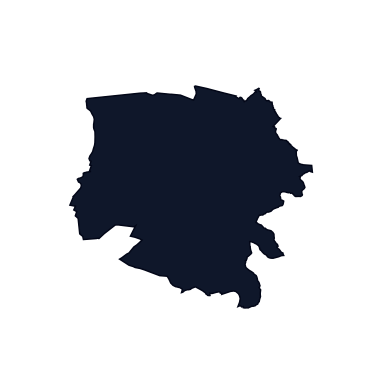 Yehualtepec, Puebla, Mexico (Natural Earth projection), rotated 64°
{"feature_id": "50627088B45895820566273", "entity_name": "Yehualtepec", "entity_type": "district", "adm_level": 2, "iso_a3": "MEX", "parent_name": "Mexico", "parent_adm1": "Puebla", "projection": "natural_earth1", "projection_center": [-97.668, 18.767], "detail": "fine", "context": "isolated", "style": "filled", "palette": "ink", "viewbox_px": 384, "rotation_deg": 64, "n_neighbors": 0, "source": "geoboundaries", "source_scale": "gbopen_adm2", "svg_char_len": 5933}
<svg xmlns="http://www.w3.org/2000/svg" viewBox="0 0 384 384"><g transform="rotate(64 192 192)"><path d="M130.3,289.5L133.3,289.6L134.0,289.0L134.6,288.6L135.7,288.3L136.7,288.3L137.6,288.6L138.8,289.5L139.7,290.4L143.2,298.7L144.0,300.9L144.4,300.8L150.3,307.5L153.7,303.0L156.3,306.1L159.1,304.2L162.3,307.3L165.8,305.9L180.3,311.2L180.6,311.2L184.0,309.6L187.1,310.4L191.9,298.3L191.9,297.7L192.0,297.4L193.0,296.0L190.9,289.1L188.0,275.4L189.3,272.6L197.8,259.5L197.9,258.7L197.7,258.2L197.6,257.4L204.7,266.7L207.6,263.1L211.3,259.4L213.3,258.0L214.5,261.7L215.4,264.9L215.9,268.3L219.2,275.4L219.2,277.8L220.4,284.1L220.6,286.5L230.2,280.7L233.2,277.5L234.9,276.2L237.9,272.2L241.2,268.8L253.0,257.7L256.7,251.4L257.6,251.1L260.4,250.9L264.5,251.0L265.3,250.7L267.5,250.0L269.9,248.2L270.7,247.1L271.7,246.0L272.5,244.9L274.2,243.8L275.4,243.3L277.8,245.5L278.0,244.2L277.4,241.9L277.5,240.8L277.8,239.0L278.4,237.7L278.8,235.9L278.4,234.8L278.7,230.5L283.4,227.1L285.8,225.5L286.4,225.3L288.3,224.2L290.0,224.1L290.6,223.6L291.8,223.2L292.7,221.8L292.9,221.2L291.8,220.9L290.8,220.3L291.0,220.2L291.6,219.3L291.9,218.4L292.1,218.1L292.4,216.3L292.9,213.6L293.2,212.8L293.3,212.1L293.7,211.2L294.0,210.7L295.2,210.9L296.3,209.4L297.0,210.0L298.2,201.0L299.2,198.0L300.6,196.2L303.6,194.9L305.0,194.7L306.8,194.9L309.0,195.4L312.0,197.6L315.1,200.9L315.2,199.0L315.3,198.4L316.6,197.9L317.0,197.8L317.5,196.1L318.5,196.6L319.4,195.3L320.3,193.1L320.8,192.4L320.9,188.0L321.4,187.4L321.9,185.1L321.5,183.8L321.5,182.1L320.4,180.9L320.0,179.7L318.0,178.2L316.0,176.3L314.3,175.7L312.8,175.0L310.0,173.2L309.1,173.5L307.1,173.5L306.9,172.8L305.8,171.9L305.0,171.9L303.6,171.6L302.4,171.5L300.4,171.9L298.4,171.3L296.7,171.0L295.2,171.0L293.0,172.3L291.9,172.3L291.1,172.7L289.8,173.4L287.5,174.9L285.2,176.0L283.4,176.7L280.3,176.1L278.4,174.4L277.1,174.2L277.3,173.3L276.0,171.9L274.5,170.8L274.4,169.5L273.8,167.4L273.7,166.7L272.9,165.1L269.8,164.7L267.6,164.1L266.6,163.6L265.5,163.5L261.9,161.9L262.9,160.3L264.8,158.5L266.0,157.8L267.0,156.8L268.4,156.3L269.1,155.7L271.1,155.6L272.2,155.9L273.7,156.1L275.2,155.4L276.7,155.1L278.9,154.4L280.2,153.6L281.2,152.8L283.2,152.5L284.1,152.1L284.8,151.5L285.5,150.8L286.1,149.9L286.7,148.9L287.1,148.0L288.2,142.4L288.3,140.1L288.6,138.9L289.2,137.4L287.7,137.4L286.8,137.0L285.9,137.7L285.2,138.2L281.7,138.8L280.8,139.4L278.9,139.8L278.0,139.2L278.3,138.4L276.4,138.2L275.4,138.9L273.8,139.0L272.0,139.4L270.4,139.2L269.6,138.3L268.0,137.8L265.7,136.8L265.0,137.0L263.8,137.0L263.0,137.4L261.6,137.9L260.9,138.6L259.0,140.9L257.9,141.6L256.6,142.1L256.0,143.3L254.9,143.4L252.1,144.2L251.3,145.1L249.7,146.5L248.2,147.1L247.3,147.9L244.4,144.6L242.3,141.6L242.8,140.8L243.0,139.8L243.7,138.4L243.3,136.7L243.6,136.0L243.2,134.9L243.0,133.9L243.0,133.1L243.6,132.0L243.9,129.5L243.0,126.8L243.0,125.5L243.2,122.7L243.5,121.2L243.0,120.0L243.3,118.4L243.7,116.9L243.2,115.8L242.2,114.9L240.4,113.6L239.1,114.4L238.1,115.6L235.2,114.7L234.1,114.9L233.3,114.5L232.8,113.9L231.6,112.9L231.4,111.5L231.4,110.5L232.1,109.1L233.0,107.8L233.6,107.3L234.9,105.7L235.4,104.3L236.4,103.9L236.7,102.6L237.7,102.3L239.0,101.8L240.2,101.6L241.3,101.0L242.0,99.6L242.8,97.8L243.6,96.4L243.4,94.6L242.9,94.0L241.4,93.8L239.7,93.2L239.2,92.8L238.7,92.1L238.3,90.2L237.9,89.3L237.3,88.5L235.4,88.2L234.5,88.2L232.9,87.9L231.8,87.9L230.9,88.1L228.8,89.0L227.9,89.2L227.3,89.1L225.9,88.1L225.3,88.4L225.4,87.7L225.3,86.9L225.4,86.1L225.0,85.3L224.7,84.5L224.6,83.8L224.6,82.8L224.3,81.6L224.7,80.2L224.5,78.8L224.5,77.1L225.6,76.5L226.9,75.1L220.6,72.8L216.3,80.2L216.0,80.4L214.8,82.0L212.6,83.8L207.2,82.5L205.2,82.3L201.3,80.6L201.1,80.5L200.9,80.0L200.7,79.3L200.4,79.2L199.7,80.0L199.3,80.1L198.5,80.6L197.9,80.7L197.5,80.9L197.1,81.3L196.5,81.4L196.0,81.8L195.6,82.0L194.8,82.1L194.5,82.4L193.5,82.7L192.9,82.5L192.1,83.3L191.5,83.0L191.3,83.2L191.2,83.6L190.2,83.5L189.8,83.8L189.5,84.0L189.2,83.7L188.8,83.9L188.2,84.3L187.2,84.5L186.8,84.9L186.0,86.4L185.6,86.7L184.9,87.9L184.3,88.2L184.0,89.2L183.9,89.6L183.6,89.8L181.1,90.4L180.5,90.2L180.1,90.5L178.9,90.4L178.5,90.3L177.9,90.4L176.5,90.8L175.3,90.8L174.5,90.6L173.2,89.6L172.4,88.8L172.1,88.6L171.3,89.0L170.7,89.5L170.1,89.5L169.7,89.2L169.5,89.3L169.5,89.8L169.4,89.9L168.6,90.4L164.7,80.2L164.4,80.6L163.4,80.9L162.8,81.4L162.2,81.5L160.3,81.6L159.1,81.9L158.0,81.8L157.7,82.0L156.6,81.9L156.5,82.3L156.4,82.5L155.8,82.5L155.6,82.4L154.5,81.6L154.1,81.7L153.5,82.4L153.1,82.5L152.3,82.0L151.5,81.8L150.7,82.1L150.4,81.8L149.8,81.5L148.8,81.6L147.0,80.9L146.3,80.7L146.2,80.8L146.3,81.3L145.5,82.2L144.3,82.5L143.8,82.9L143.4,83.0L143.2,83.3L142.8,84.8L142.0,85.3L141.6,85.5L140.0,85.4L135.9,87.7L135.1,87.2L134.2,87.2L133.4,87.1L132.1,86.6L131.4,86.7L130.9,87.4L129.3,87.2L128.5,86.3L128.1,86.5L128.3,89.4L128.2,90.8L128.8,90.4L129.8,90.5L129.5,90.7L130.9,93.8L131.3,96.9L131.9,98.6L132.2,100.1L132.5,101.0L133.4,102.3L133.7,102.9L133.7,103.7L133.7,105.4L132.3,105.2L131.3,105.9L129.5,106.0L128.4,106.6L128.0,107.3L128.7,108.9L125.3,111.1L125.0,110.4L116.9,120.1L105.6,133.2L98.3,142.4L98.2,143.4L99.1,143.7L103.4,144.2L105.8,145.2L110.0,150.2L109.6,150.8L108.7,151.8L99.9,159.9L95.2,167.6L94.6,168.8L87.9,179.7L87.7,180.0L87.9,181.5L88.2,182.9L88.0,184.3L87.7,185.2L84.8,188.1L84.0,189.1L83.0,189.3L80.4,195.4L62.1,245.4L64.0,247.3L65.9,247.8L67.9,248.6L69.2,249.0L70.3,249.5L70.9,249.5L72.6,248.6L74.8,247.6L78.5,247.6L80.2,247.4L81.5,247.4L83.9,248.0L87.4,250.2L87.8,250.6L90.8,252.1L92.3,252.5L95.1,252.7L99.9,254.9L105.1,257.6L107.3,259.1L110.1,261.8L112.1,263.5L113.4,265.4L114.9,268.0L116.8,269.9L119.2,270.1L120.1,269.2L123.0,272.1L124.2,270.9L127.1,273.8L128.3,275.0L129.3,273.8L127.9,278.3L128.1,278.8L127.7,279.3L127.5,280.3L127.5,281.4L127.8,281.7L128.4,281.7L129.1,282.4L130.1,282.8L130.3,283.2L130.5,283.9L130.5,286.4L130.1,287.8L130.1,288.5L130.3,289.5Z" fill="#0f172a" stroke="#020617" stroke-width="1.5"/></g></svg>